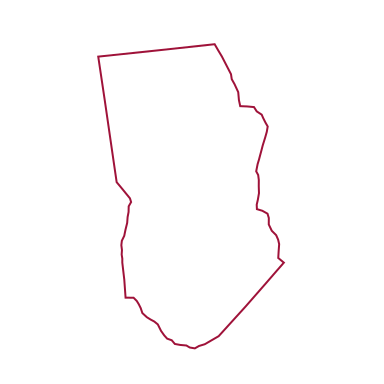 the district of Pacajus, Ceará, Brazil, rotated 257°
{"feature_id": "56859067B2750326720255", "entity_name": "Pacajus", "entity_type": "district", "adm_level": 2, "iso_a3": "BRA", "parent_name": "Brazil", "parent_adm1": "Ceará", "projection": "natural_earth1", "projection_center": [-38.522, -4.186], "detail": "fine", "context": "isolated", "style": "outline", "palette": "rose", "viewbox_px": 384, "rotation_deg": 257, "n_neighbors": 0, "source": "geoboundaries", "source_scale": "gbopen_adm2", "svg_char_len": 1245}
<svg xmlns="http://www.w3.org/2000/svg" viewBox="0 0 384 384"><g transform="rotate(257 192 192)"><path d="M102.5,265.6L108.3,261.2L114.8,263.1L121.6,265.2L126.2,265.2L131.0,264.3L136.3,261.0L143.1,259.5L149.4,261.0L153.9,260.7L157.9,256.3L160.7,251.4L165.1,252.2L169.6,254.4L175.8,257.0L182.4,258.3L188.7,259.8L193.7,260.3L197.7,259.2L204.4,262.2L208.4,264.5L212.2,266.5L216.7,268.9L221.5,271.4L228.7,275.6L233.8,278.4L238.8,280.5L243.1,279.2L248.0,278.0L251.7,277.3L256.0,273.2L260.8,271.5L262.9,265.2L264.8,258.3L271.0,258.4L278.9,259.5L287.5,257.7L293.0,256.1L298.0,256.5L317.3,251.6L324.4,249.3L330.9,247.3L337.7,190.5L345.0,131.1L300.7,127.6L241.7,122.7L235.6,122.2L218.5,120.8L212.6,123.8L199.8,130.1L195.9,130.4L192.3,127.1L186.8,125.7L182.0,123.6L176.5,121.9L170.2,118.7L164.5,116.1L160.3,112.7L156.1,111.2L151.2,110.7L146.9,109.4L142.7,109.1L138.9,108.2L121.8,106.3L104.0,103.5L102.1,111.3L98.2,113.7L94.6,114.9L90.4,115.9L85.2,116.4L80.2,119.8L77.1,122.9L74.3,126.1L70.7,128.9L63.6,130.6L58.5,132.7L54.7,134.8L52.1,138.9L47.8,141.1L45.6,146.2L43.7,152.0L41.0,154.8L39.0,159.6L40.4,164.2L40.8,170.2L42.8,176.7L45.5,185.5L68.4,218.5L87.9,245.5L93.6,253.3L96.8,257.7L102.5,265.6Z" fill="none" stroke="#9f1239" stroke-width="2"/></g></svg>